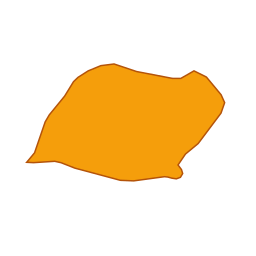 the Province of Biliran, rotated 306°
{"feature_id": "PHL-2581", "entity_name": "Biliran", "entity_type": "Province", "adm_level": 1, "iso_a3": "PHL", "parent_name": "Philippines", "parent_adm1": "", "projection": "albers", "projection_center": [124.492, 11.584], "detail": "fine", "context": "isolated", "style": "filled", "palette": "amber", "viewbox_px": 256, "rotation_deg": 306, "n_neighbors": 0, "source": "natural_earth", "source_scale": "10m", "svg_char_len": 568}
<svg xmlns="http://www.w3.org/2000/svg" viewBox="0 0 256 256"><g transform="rotate(306 128 128)"><path d="M199.2,141.6L213.0,147.8L215.3,161.5L209.6,183.8L205.3,191.3L194.7,194.5L156.7,193.9L140.7,189.8L127.5,190.2L125.8,195.7L123.3,199.0L118.9,199.4L115.3,197.0L113.2,193.0L111.7,189.0L110.1,186.2L88.6,163.7L81.2,152.6L64.3,108.6L60.6,94.3L58.0,88.3L44.4,71.9L40.7,66.2L53.0,67.0L84.3,57.4L92.4,56.6L116.6,58.0L133.5,56.7L139.6,57.8L150.8,62.2L162.5,69.4L171.6,79.1L178.7,101.7L194.2,134.7L199.2,141.6Z" fill="#f59e0b" stroke="#b45309" stroke-width="1.5"/></g></svg>